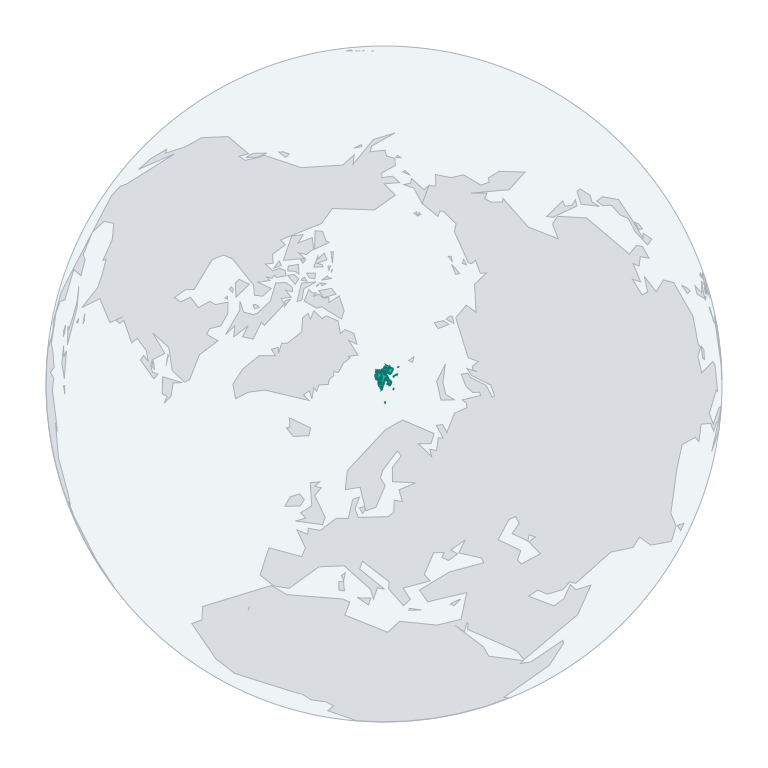 globe centered on Svalbard
{"feature_id": "NOR-901", "entity_name": "Svalbard", "entity_type": "Territory", "adm_level": 1, "iso_a3": "NOR", "parent_name": "Norway", "parent_adm1": "", "projection": "orthographic", "projection_center": [18.37, 77.559], "detail": "fine", "context": "on_globe", "style": "filled", "palette": "teal", "viewbox_px": 768, "rotation_deg": 0, "n_neighbors": 0, "source": "natural_earth", "source_scale": "10m", "svg_char_len": 16862}
<svg xmlns="http://www.w3.org/2000/svg" viewBox="0 0 768 768"><circle cx="384" cy="384" r="338" fill="#eef3f6" stroke="#a8b0b8"/><path d="M48.9,340.4L48.4,347.6L51.8,336.2L53.4,327.7L53.1,322.2L61.1,292.6L67.7,279.5L111.5,195.7L120.2,186.3L126.9,183.9L174.5,153.8L138.6,169.4L150.8,158.7L166.7,149.3L165.3,153.3L186.0,146.5L201.5,137.7L228.1,136.6L248.6,153.9L239.1,156.2L245.1,160.3L257.4,157.8L264.0,155.2L301.5,167.7L342.8,165.0L354.2,154.8L353.0,164.5L373.5,139.4L394.8,133.0L371.7,146.0L370.0,151.8L385.0,150.2L386.6,155.9L394.8,158.5L395.3,165.5L381.8,172.8L381.9,177.6L392.5,176.2L399.7,182.6L384.1,183.8L395.2,195.1L374.5,209.9L332.3,208.5L321.7,223.4L280.5,240.0L285.2,244.7L272.5,254.3L273.1,263.3L265.3,264.0L272.6,270.7L279.6,268.3L285.1,270.5L286.1,275.7L276.3,277.5L274.4,275.1L272.0,278.3L266.7,277.0L269.9,280.6L257.9,282.2L271.2,288.4L262.8,296.2L254.5,295.2L253.6,285.1L232.3,258.7L223.6,255.0L212.2,259.6L194.2,289.4L185.3,289.7L174.5,297.5L180.1,301.8L190.6,297.4L198.3,307.7L210.2,301.2L215.1,304.6L228.0,302.2L227.8,313.6L220.6,326.0L209.9,328.6L206.4,334.2L218.0,340.8L199.5,354.6L189.6,379.6L184.6,382.2L172.3,370.5L168.7,347.3L152.8,333.0L164.8,353.5L152.1,359.9L150.7,365.7L152.4,372.1L157.9,374.1L153.9,378.8L140.5,360.0L143.9,355.4L148.2,361.4L146.4,350.6L137.3,338.4L131.6,342.8L123.9,320.4L119.7,323.3L115.7,320.2L122.8,317.0L109.8,322.5L99.8,298.6L81.8,307.6L97.6,287.8L102.2,274.6L106.1,259.4L103.0,260.5L112.3,239.5L113.7,223.3L103.9,221.4L92.4,232.1L83.1,254.8L85.1,259.4L81.0,275.6L73.7,269.7L64.9,299.8L59.9,301.7L55.9,312.8L54.0,326.9L51.3,343.5L52.9,351.5L54.0,367.6L50.3,372.1L53.8,378.2L52.4,390.1L56.8,425.4L55.5,423.6L58.6,458.5L67.9,492.9L70.1,503.5L68.4,501.6L73.0,513.3L73.1,514.7L96.7,560.6L113.2,585.8L114.5,587.9L100.8,568.3L88.5,547.9L77.7,526.6L68.3,504.6L60.6,482.1L54.5,459.0L50.0,435.5L47.2,411.8L46.1,388.0L46.7,364.1L48.9,340.4ZM350.9,49.9L352.1,50.8L346.2,50.9L350.9,49.9ZM356.4,51.0L355.2,50.8L356.9,50.9L356.4,51.0ZM359.9,50.9L357.4,51.0L360.3,50.8L359.9,50.9ZM364.8,50.7L362.2,50.9L362.5,50.8L364.8,50.7ZM77.0,308.0L67.4,345.0L68.0,326.2L68.7,329.2L72.2,319.3L77.0,302.2L78.9,286.2L77.0,308.0ZM372.1,50.9L374.0,51.0L371.6,51.2L372.1,50.9ZM83.6,319.6L84.8,313.5L84.3,319.2L83.6,319.6ZM266.8,153.1L257.5,157.2L245.8,157.5L253.3,153.4L266.8,153.1ZM289.2,154.0L285.3,157.3L279.0,152.1L283.2,151.8L289.2,154.0ZM362.0,146.4L354.1,148.1L361.2,144.6L362.0,146.4ZM395.8,157.6L397.5,155.4L401.0,157.7L395.8,157.6ZM227.3,296.2L227.6,299.1L225.0,298.0L227.3,296.2ZM232.5,292.5L229.3,289.1L231.3,286.8L233.3,288.9L232.5,292.5ZM405.1,170.6L410.2,175.2L402.7,171.8L405.1,170.6ZM236.0,297.2L235.3,283.2L239.0,279.3L249.4,284.2L236.0,297.2ZM411.6,178.6L424.1,189.7L429.0,185.6L422.2,203.6L413.8,188.1L403.8,184.6L410.6,183.1L411.6,178.6ZM281.4,265.4L273.9,268.1L279.2,261.0L281.4,265.4ZM283.4,260.3L291.7,235.9L303.1,234.7L298.0,243.0L312.2,237.6L313.7,249.0L306.3,254.5L298.6,253.0L305.0,258.5L283.4,260.3ZM416.5,211.9L417.5,215.8L413.8,213.2L416.5,211.9ZM287.7,270.9L288.3,266.0L298.4,264.5L298.9,274.0L295.5,271.4L287.7,270.9ZM315.1,230.8L322.6,231.4L325.9,240.8L329.3,242.3L314.7,249.1L315.1,230.8ZM293.7,274.4L298.9,278.9L295.1,284.4L287.8,275.6L293.7,274.4ZM300.7,260.1L305.5,259.9L303.0,263.1L300.7,260.1ZM284.5,306.6L285.1,300.6L290.3,299.3L284.5,306.6ZM301.1,280.2L302.4,278.3L304.5,277.2L307.0,281.2L301.1,280.2ZM318.1,255.3L317.9,259.1L324.2,253.0L327.0,259.8L316.7,263.2L322.3,264.6L323.1,266.8L313.8,267.2L318.1,255.3ZM316.0,281.9L303.9,288.7L301.8,300.0L297.0,301.5L301.4,283.1L316.0,281.9ZM315.5,273.2L314.8,278.9L309.3,277.7L306.4,273.1L315.5,273.2ZM332.5,263.3L330.9,251.9L333.2,251.6L332.5,263.3ZM316.5,285.4L319.4,283.7L316.9,286.3L316.5,285.4ZM328.8,270.3L327.9,266.3L330.6,266.0L328.8,270.3ZM325.9,283.7L322.0,285.8L319.9,282.7L325.9,283.7ZM328.1,277.7L331.9,278.3L321.5,280.3L327.3,276.0L328.1,277.7ZM331.4,270.7L332.7,269.3L331.4,272.5L331.4,270.7ZM336.0,294.3L323.4,297.5L318.8,290.6L331.7,288.4L336.0,294.3ZM355.9,720.7L356.7,720.8L354.1,719.8L327.8,710.7L333.7,705.9L326.3,701.9L311.2,699.9L302.5,694.3L293.2,691.9L234.5,673.3L215.9,658.8L191.9,623.7L202.0,619.8L202.6,606.6L271.2,585.5L287.1,594.7L342.6,599.0L349.8,602.1L344.8,615.1L387.7,632.3L399.7,621.3L437.1,625.1L461.0,619.3L466.8,592.6L427.7,601.8L419.4,590.1L449.6,571.9L483.6,562.8L481.5,558.0L458.7,552.9L465.3,539.9L450.7,550.0L457.6,553.9L448.6,560.4L441.8,557.3L444.4,552.7L433.8,552.6L424.2,574.5L430.2,580.9L403.1,588.1L410.4,599.5L403.5,605.7L388.7,588.8L389.2,581.8L362.5,561.2L359.6,569.1L384.5,589.2L377.3,587.8L373.5,599.1L370.7,589.4L344.2,565.8L319.0,566.8L289.0,588.4L273.8,585.8L260.1,575.0L268.9,547.8L301.9,556.7L305.4,547.6L297.0,529.9L307.7,534.3L308.3,528.3L320.5,530.4L336.1,518.3L348.3,518.5L352.7,499.4L359.5,497.0L355.0,508.9L358.3,517.4L388.4,516.7L393.8,512.4L394.2,500.1L402.4,501.6L399.0,489.9L415.5,482.9L392.5,481.7L392.4,467.6L401.4,455.8L397.3,451.0L382.6,470.4L380.5,478.3L385.2,485.5L375.8,507.4L365.8,510.8L360.1,487.3L345.3,489.6L347.3,470.6L385.7,429.5L402.5,420.0L434.0,433.5L431.0,443.6L418.3,443.7L431.6,456.5L429.8,449.2L436.6,450.6L438.3,437.8L443.2,438.2L436.3,425.4L442.6,424.5L446.8,432.6L454.5,413.2L467.0,407.7L466.4,403.2L462.2,399.9L480.8,395.4L479.5,392.2L472.9,392.5L466.1,386.5L461.2,374.2L467.9,373.3L470.6,377.6L486.2,385.4L492.3,397.3L494.5,395.7L490.9,385.2L471.8,375.6L467.0,368.5L476.6,371.6L472.7,369.9L472.4,366.1L478.4,361.6L468.1,357.6L455.8,317.8L466.2,305.3L476.1,312.3L474.6,284.4L486.4,273.0L480.3,273.2L475.5,260.2L471.7,263.6L468.4,262.7L454.3,231.6L456.1,223.8L443.1,211.1L440.0,211.2L437.9,216.3L422.2,203.6L429.0,185.6L435.8,186.1L435.5,174.6L451.0,177.6L463.7,174.9L480.9,185.1L489.4,182.2L488.3,178.1L499.0,171.3L525.1,172.1L509.0,189.7L470.9,193.1L486.9,193.2L484.7,198.7L491.4,202.2L502.6,201.9L502.9,198.4L528.4,227.1L558.2,238.8L552.5,224.0L557.5,216.4L586.5,217.9L629.4,254.2L636.5,245.3L642.6,246.6L649.0,258.2L640.3,256.6L639.1,266.0L633.2,263.5L640.6,281.9L632.4,279.1L642.1,295.0L647.7,291.8L644.3,276.4L656.2,291.7L663.5,280.0L673.7,282.6L692.9,316.0L698.3,344.5L700.6,347.5L697.9,356.2L701.7,372.9L712.6,361.7L714.9,364.6L717.6,391.4L716.3,390.1L709.3,413.3L713.3,424.1L718.9,407.9L721.0,406.2L719.0,420.5L716.3,423.0L713.7,431.1L710.6,423.5L701.1,424.1L698.9,441.6L695.4,437.3L682.1,444.6L676.8,469.3L670.8,513.3L676.1,525.9L671.4,541.4L650.6,545.1L639.5,537.0L633.1,547.4L610.8,552.1L575.7,583.3L569.6,581.8L563.3,589.4L547.4,594.2L537.7,590.1L528.6,596.2L554.0,605.9L563.7,599.0L570.3,584.6L575.7,589.7L590.9,585.2L577.8,614.5L523.9,659.6L517.0,651.0L467.5,629.3L468.1,624.0L467.8,623.4L467.1,622.6L464.3,631.8L455.2,625.4L483.4,646.9L488.9,656.2L523.2,660.6L520.4,663.5L531.0,661.9L562.8,640.3L563.3,643.5L549.3,665.4L503.8,697.3L508.9,697.9L508.3,698.2L483.9,706.8L458.8,713.5L433.4,718.3L407.6,721.1L381.8,721.9L355.9,720.7ZM249.4,606.3L248.0,610.5L249.4,606.3ZM521.2,564.1L540.5,553.8L528.9,541.9L535.3,537.0L529.0,534.8L528.0,541.1L512.1,533.6L519.3,523.3L515.5,516.5L508.8,519.7L498.1,539.7L520.7,550.5L517.6,559.9L521.2,564.1ZM57.0,426.4L57.1,431.5L56.0,425.9L57.0,426.4ZM65.6,325.0L64.7,332.3L63.4,336.6L63.6,331.3L65.6,325.0ZM64.6,385.6L64.8,394.2L63.5,385.9L64.6,385.6ZM66.4,350.8L64.3,378.8L61.9,363.3L63.6,345.6L63.9,356.9L66.4,350.8ZM78.8,318.3L77.8,323.0L76.4,322.4L78.8,318.3ZM83.1,323.8L83.2,322.1L84.8,319.4L83.1,323.8ZM152.9,360.9L153.8,362.6L154.4,369.2L151.9,366.6L152.9,360.9ZM170.9,396.4L164.1,403.2L167.2,396.4L162.2,393.9L162.6,376.8L182.1,382.6L173.2,382.9L170.9,396.4ZM168.4,355.8L166.0,365.8L167.9,354.7L168.4,355.8ZM299.5,493.9L304.2,499.5L300.3,505.9L284.8,506.3L290.3,496.8L299.5,493.9ZM311.8,505.9L310.3,482.7L319.9,481.8L314.8,486.2L321.2,487.9L314.7,495.5L325.2,517.4L322.5,524.6L295.4,521.0L305.8,518.1L300.6,512.8L311.8,505.9ZM289.9,427.3L289.4,417.8L310.7,428.0L308.7,435.7L293.2,436.4L286.4,427.7L289.9,427.3ZM254.6,308.9L253.1,304.9L255.8,304.4L259.3,307.3L254.6,308.9ZM284.4,303.9L264.3,325.5L261.5,322.1L253.1,339.1L242.5,336.7L248.2,325.7L233.8,336.8L234.7,326.0L225.7,334.5L239.7,310.3L240.0,301.2L243.7,312.2L253.5,314.6L257.8,312.9L270.3,301.2L275.7,283.0L286.3,282.6L292.3,287.2L292.6,291.5L285.7,290.4L291.1,297.0L281.2,298.6L284.4,303.9ZM357.0,344.2L348.7,340.5L358.0,355.1L348.2,356.4L349.9,358.0L343.3,363.3L338.4,372.5L333.7,371.6L333.8,375.6L329.5,379.3L328.0,384.5L319.1,384.8L316.6,391.3L313.8,387.7L311.9,398.9L309.4,390.7L303.5,394.8L309.1,400.5L264.7,390.0L248.1,392.3L235.6,398.8L232.9,384.1L242.9,368.9L259.2,355.7L275.6,355.8L271.4,349.3L278.0,347.4L278.5,353.3L281.7,343.2L287.2,343.3L301.7,332.1L302.7,317.7L308.0,313.4L310.4,319.1L314.0,310.8L322.1,318.7L326.1,315.8L338.1,320.9L340.4,333.8L344.7,329.6L353.9,333.4L357.0,344.2ZM339.2,296.0L344.2,310.9L341.3,319.0L321.7,306.8L316.9,308.3L304.2,301.1L308.8,289.5L312.0,292.7L316.1,293.0L313.1,296.5L318.6,294.0L323.2,298.2L328.8,297.5L328.9,302.5L339.2,296.0ZM357.1,597.3L362.5,598.2L370.8,597.8L368.5,605.0L357.1,597.3ZM338.8,581.6L343.5,581.1L344.4,590.9L338.8,590.0L338.8,581.6ZM345.4,572.7L343.7,580.3L341.3,575.7L345.4,572.7ZM359.3,507.8L364.3,506.6L365.1,509.4L362.7,513.6L359.3,507.8ZM382.3,388.4L378.1,384.8L379.4,382.8L375.6,371.1L382.6,369.3L387.6,375.7L382.3,388.4ZM460.6,599.0L454.2,605.6L450.4,604.2L453.3,602.2L460.6,599.0ZM409.5,608.3L421.5,610.0L408.7,610.2L409.5,608.3ZM389.3,384.5L386.9,379.8L391.9,381.8L389.3,384.5ZM387.5,367.4L393.2,368.6L383.0,367.7L387.5,367.4ZM718.7,430.8L711.7,451.4L714.5,439.4L720.9,409.9L720.6,413.3L720.8,411.7L718.7,430.8ZM721.9,379.9L721.9,380.1L721.6,374.0L721.3,365.5L715.5,325.3L714.4,315.5L717.3,328.7L716.8,325.5L720.5,352.6L721.9,379.9ZM677.4,525.3L683.9,523.3L680.7,530.6L677.4,525.3ZM709.7,307.0L714.4,323.4L709.0,307.1L709.7,307.0ZM704.5,295.9L706.0,296.6L705.5,300.6L704.5,295.9ZM703.9,349.9L704.4,359.3L702.8,358.5L701.1,345.9L703.9,349.9ZM681.5,285.1L687.8,288.4L690.1,291.2L687.3,293.4L681.5,285.1ZM445.4,364.0L442.9,382.2L445.7,394.4L454.5,399.8L441.0,400.1L436.7,381.3L445.4,364.0ZM453.9,323.5L446.1,319.1L450.0,316.0L452.4,316.6L453.9,323.5ZM448.8,324.4L438.2,328.6L434.2,322.8L443.3,320.7L448.8,324.4ZM413.9,356.8L412.6,362.3L408.6,360.5L413.9,356.8ZM705.6,280.8L707.0,288.1L709.9,298.2L702.4,276.3L702.5,272.8L705.6,280.8ZM704.2,283.6L707.2,293.0L703.1,282.2L704.2,283.6ZM707.0,294.3L705.5,293.5L704.1,287.1L707.0,294.3ZM703.1,279.3L699.7,274.8L700.5,273.1L703.1,279.3ZM701.7,292.6L701.5,281.0L704.6,298.5L697.0,294.0L695.1,285.9L701.7,292.6ZM642.4,228.9L638.6,229.6L634.8,222.3L638.5,223.8L642.4,228.9ZM618.6,199.6L632.5,220.6L643.0,238.1L643.2,233.4L651.9,239.1L647.6,245.0L635.0,231.4L628.4,218.5L620.5,215.2L611.4,205.2L602.9,205.6L596.7,201.0L602.4,196.8L618.6,199.6ZM599.4,206.4L581.1,204.2L577.0,191.3L580.1,188.9L590.2,195.3L591.8,201.7L599.4,206.4ZM575.5,199.9L576.8,206.1L552.8,217.3L546.7,216.5L562.8,200.9L564.9,206.0L571.5,205.6L575.5,199.9ZM420.8,214.5L417.8,215.7L419.0,212.4L420.8,214.5ZM466.5,264.9L462.2,263.2L463.7,259.3L466.5,264.9ZM451.1,256.4L452.4,261.9L448.3,256.4L451.1,256.4ZM455.7,274.4L451.5,264.3L459.5,273.4L455.7,274.4Z" fill="#d9dde1" stroke="#a8b0b8" stroke-width="1"/><path d="M386.6,377.6L385.6,377.7L385.4,378.0L385.5,378.3L384.7,378.7L384.8,379.2L384.7,379.7L384.9,380.0L384.7,380.3L384.9,380.8L384.5,381.2L384.0,381.3L384.2,381.5L384.0,382.0L384.1,382.7L383.9,383.9L383.9,384.2L383.0,384.7L382.6,387.0L382.3,387.0L382.6,387.4L382.0,388.5L382.4,389.1L381.9,389.8L381.4,389.5L381.2,389.8L381.2,389.0L380.2,387.9L380.5,387.5L381.2,387.6L381.6,387.3L381.2,387.3L380.9,386.7L380.7,386.8L380.7,387.1L380.0,387.1L379.6,386.4L378.9,386.1L378.4,384.7L378.4,384.4L378.5,384.4L378.3,383.9L379.0,383.7L379.2,384.0L379.3,384.2L379.8,383.8L380.8,384.1L381.2,384.6L381.4,384.5L380.8,383.8L379.4,383.2L381.5,382.5L382.4,382.7L382.0,382.1L382.3,381.7L381.9,382.2L380.8,382.3L380.5,382.0L379.9,382.5L378.8,382.5L378.5,382.8L378.2,382.6L378.3,382.3L378.1,382.0L378.2,381.2L378.2,380.8L378.6,380.6L379.0,381.4L379.1,381.1L379.0,380.7L380.0,380.6L379.9,380.5L380.5,379.9L380.8,380.1L380.8,379.9L380.7,379.6L380.9,379.3L382.3,379.3L382.7,378.8L382.2,379.1L381.6,378.7L382.2,377.6L381.9,377.1L381.7,377.5L381.6,378.0L381.2,378.5L380.5,378.6L380.3,377.8L380.6,377.5L380.7,377.0L380.6,376.7L380.6,376.3L380.4,376.9L380.4,377.4L380.1,377.8L379.9,377.5L379.9,377.2L379.9,376.9L379.5,377.2L379.6,377.4L379.6,378.0L379.3,378.3L379.7,379.0L379.2,378.9L379.1,379.1L379.2,379.4L378.8,379.8L378.9,379.5L378.7,379.5L378.7,379.9L378.5,379.6L378.6,379.9L377.5,379.9L377.5,379.6L377.5,379.4L377.5,379.0L376.9,378.2L377.9,377.9L377.1,377.8L376.5,377.2L376.3,376.5L376.5,376.1L376.1,375.2L377.4,375.7L377.3,375.2L376.9,375.3L376.8,375.2L377.0,375.1L376.5,374.7L376.9,373.9L377.1,373.9L377.1,373.7L377.2,373.4L376.9,373.4L376.9,373.7L376.8,373.8L376.7,373.2L376.5,373.4L376.7,374.0L376.1,374.4L376.1,373.6L375.8,372.8L375.9,372.7L376.0,372.2L375.8,371.8L376.3,371.7L376.0,371.5L376.2,371.2L376.7,371.3L376.5,370.9L376.6,370.4L376.8,370.6L376.9,370.3L377.2,370.1L377.3,371.1L377.6,371.2L377.7,370.9L377.5,370.4L377.8,370.3L377.9,370.8L379.3,370.1L379.4,370.4L379.4,370.8L379.1,371.1L378.4,371.2L377.7,371.8L378.8,371.8L378.5,372.2L378.5,372.5L378.9,372.5L379.3,373.8L379.4,373.3L379.2,372.1L379.7,371.7L380.0,370.6L380.3,370.8L380.7,371.9L380.7,372.3L380.9,373.5L381.1,374.0L381.0,374.5L381.0,374.8L381.2,374.5L381.5,375.1L381.5,375.5L381.8,376.0L381.9,375.9L381.6,374.6L381.6,374.1L381.4,373.6L381.3,372.3L381.4,372.1L381.1,370.9L381.2,370.3L381.7,370.3L381.5,369.9L381.6,369.5L381.9,369.2L382.2,369.3L382.4,370.3L382.6,369.8L382.9,369.9L383.7,371.2L383.2,372.3L383.3,372.3L383.4,372.6L383.4,373.0L383.2,373.3L383.5,373.1L383.7,372.0L384.0,371.8L384.4,372.3L384.6,372.9L384.6,373.2L384.5,373.4L384.6,373.6L384.2,374.0L384.5,374.0L384.6,374.6L385.6,374.5L385.8,375.1L385.7,375.4L387.6,376.4L387.6,376.6L387.5,377.2L387.5,377.4L386.7,377.3L386.6,377.6ZM393.0,368.4L392.9,369.1L393.1,369.4L393.1,369.7L391.9,371.3L392.1,371.9L392.0,372.4L391.4,373.1L391.1,372.9L390.5,373.3L390.5,373.8L390.3,374.1L389.0,374.0L388.7,373.5L388.7,373.2L388.9,372.8L386.7,373.2L386.5,372.7L386.0,372.7L385.4,372.2L385.3,371.9L385.9,371.7L387.0,372.1L386.2,371.4L387.7,371.2L388.2,370.7L384.4,371.2L383.7,370.2L384.3,369.9L384.3,369.7L384.2,369.7L384.3,369.5L384.4,369.8L384.6,369.3L383.9,369.3L383.8,369.1L384.0,369.1L383.4,368.8L383.7,368.5L384.4,368.5L384.3,368.4L384.9,369.1L385.2,368.7L384.9,368.4L384.6,367.6L385.3,368.3L385.5,368.3L385.3,368.1L385.5,367.6L385.4,367.5L385.5,367.3L385.1,367.2L385.1,366.8L385.3,367.0L385.3,366.6L385.6,366.8L385.7,367.4L386.0,367.1L386.2,367.8L386.5,367.7L386.4,368.0L386.5,368.3L387.5,367.9L387.5,368.2L387.3,368.8L387.7,368.8L388.0,369.6L388.1,369.2L388.2,369.4L388.0,369.1L388.1,368.8L388.1,367.9L388.2,367.7L387.9,367.2L388.0,366.9L388.2,367.3L388.3,367.5L388.3,367.3L388.4,367.0L388.3,366.4L388.9,366.8L388.7,367.1L388.9,367.4L388.7,368.0L388.7,368.5L388.8,368.7L388.7,368.4L389.0,368.3L389.1,368.5L389.0,368.2L389.2,368.6L389.5,368.3L389.3,367.8L389.3,367.5L389.6,367.7L389.8,367.7L390.0,367.4L389.7,367.3L389.8,367.1L390.2,367.4L390.1,367.6L390.1,367.8L390.4,367.2L390.4,367.3L390.4,367.8L390.9,367.5L391.4,367.9L391.4,368.1L392.5,368.0L393.0,368.4ZM391.5,382.0L391.0,384.0L390.4,384.8L390.3,385.5L389.2,385.4L389.3,385.1L389.2,384.6L389.6,383.8L389.4,384.1L389.4,383.9L389.2,383.7L388.9,384.2L387.5,384.6L387.2,384.5L387.3,384.3L387.1,384.0L387.6,383.6L387.6,382.9L388.1,381.8L387.0,380.8L388.0,380.0L389.5,379.7L390.2,380.2L389.8,380.6L389.7,380.9L389.8,381.2L390.5,381.9L391.3,381.5L391.5,382.0ZM388.7,379.7L386.7,380.2L386.9,379.7L386.5,379.5L386.7,379.3L386.7,379.0L386.1,378.6L387.1,378.1L387.3,377.6L387.7,377.9L388.3,377.7L388.5,378.4L388.5,378.7L388.7,379.7ZM376.5,379.6L376.2,379.6L376.2,379.3L376.2,379.1L375.7,378.3L375.3,376.8L375.0,376.3L375.1,375.8L375.1,375.5L375.6,376.0L375.7,376.6L375.6,376.8L375.8,377.3L375.7,377.8L375.9,377.7L376.3,378.3L376.5,379.6ZM397.2,367.5L399.1,366.3L398.5,367.0L397.2,367.5ZM395.3,374.7L396.8,374.9L394.8,375.6L395.3,374.7ZM385.9,374.7L386.3,374.7L386.8,375.1L386.2,375.5L385.9,375.2L386.0,375.1L385.9,374.7ZM385.2,401.9L385.4,402.3L385.1,402.9L384.7,402.2L385.2,401.9ZM394.0,376.5L393.7,377.0L393.2,376.2L393.4,376.0L394.0,376.5ZM384.1,368.2L383.8,367.9L383.9,367.5L384.4,367.8L384.1,368.2ZM385.4,373.2L386.0,373.4L385.5,373.5L385.4,373.2ZM393.6,388.4L393.8,388.5L393.1,390.1L393.2,389.5L393.6,388.4ZM376.0,370.7L376.3,371.1L376.0,371.2L376.0,370.9L376.0,370.7ZM386.3,365.6L386.0,365.0L386.5,365.3L386.3,365.6ZM386.7,365.7L386.9,365.5L386.7,365.7ZM376.3,370.7L375.9,370.5L376.3,370.6L376.3,370.7ZM389.7,366.7L389.9,367.0L389.7,367.1L389.7,366.7ZM385.6,366.7L385.4,366.6L385.7,366.5L385.6,366.7ZM389.8,366.4L389.7,366.6L389.5,366.4L389.8,366.4ZM397.1,374.1L397.3,374.1L397.2,374.4L397.1,374.1ZM386.3,365.7L386.2,365.8L386.0,365.7L386.3,365.7Z" fill="#14b8a6" stroke="#0f766e" stroke-width="1.5"/></svg>